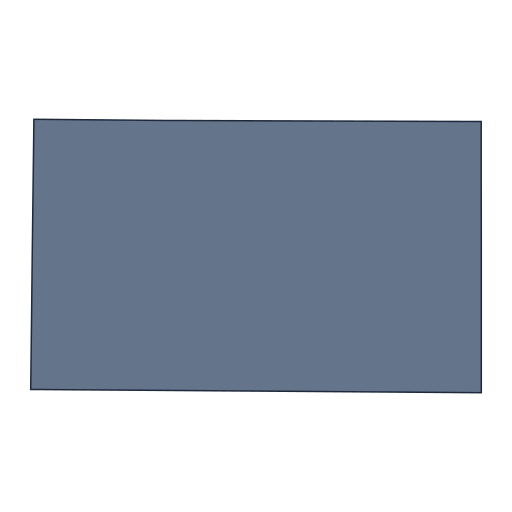 Hucal, La Pampa, Argentina (Mercator projection)
{"feature_id": "61730980B74223418294329", "entity_name": "Hucal", "entity_type": "district", "adm_level": 2, "iso_a3": "ARG", "parent_name": "Argentina", "parent_adm1": "La Pampa", "projection": "mercator", "projection_center": [-63.771, -37.979], "detail": "fine", "context": "isolated", "style": "filled", "palette": "slate", "viewbox_px": 512, "rotation_deg": 0, "n_neighbors": 0, "source": "geoboundaries", "source_scale": "gbopen_adm2", "svg_char_len": 438}
<svg xmlns="http://www.w3.org/2000/svg" viewBox="0 0 512 512"><path d="M481.2,171.3L481.2,150.9L481.2,126.4L481.2,121.5L480.5,121.5L439.9,121.4L413.5,121.3L378.0,121.2L348.6,121.1L257.6,120.8L182.0,120.5L167.7,120.5L37.1,119.3L33.9,119.3L32.2,258.2L31.7,305.8L30.7,389.5L36.8,389.5L303.3,391.4L412.8,392.2L480.6,392.7L481.3,392.7L481.3,316.2L481.3,282.9L481.3,243.4L481.2,171.3Z" fill="#64748b" stroke="#1e293b" stroke-width="1.5"/></svg>